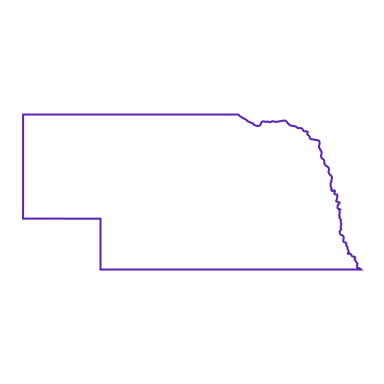 Nebraska, Mercator projection
{"feature_id": "USA-3532", "entity_name": "Nebraska", "entity_type": "State", "adm_level": 1, "iso_a3": "USA", "parent_name": "United States of America", "parent_adm1": "", "projection": "mercator", "projection_center": [-97.897, 41.5], "detail": "fine", "context": "isolated", "style": "outline", "palette": "violet", "viewbox_px": 384, "rotation_deg": 0, "n_neighbors": 0, "source": "natural_earth", "source_scale": "10m", "svg_char_len": 4510}
<svg xmlns="http://www.w3.org/2000/svg" viewBox="0 0 384 384"><path d="M23.0,218.6L23.1,212.2L23.1,205.8L23.1,199.4L23.1,192.9L23.1,186.4L23.1,180.0L23.1,173.5L23.1,167.0L23.1,160.5L23.1,153.9L23.1,147.4L23.1,140.8L23.1,134.3L23.1,127.7L23.1,121.1L23.1,114.5L30.6,114.5L37.2,114.5L43.8,114.5L50.4,114.5L57.0,114.5L63.5,114.5L70.1,114.5L76.7,114.5L83.3,114.5L89.9,114.5L96.5,114.5L103.1,114.5L109.7,114.5L116.3,114.5L122.8,114.5L129.4,114.5L136.0,114.5L142.6,114.5L149.2,114.5L155.8,114.5L162.4,114.5L169.0,114.5L175.6,114.5L182.2,114.5L188.7,114.5L195.3,114.5L201.9,114.5L208.5,114.5L215.1,114.5L221.7,114.5L228.3,114.5L234.9,114.5L238.2,114.5L238.4,114.5L238.5,114.6L239.3,115.6L239.6,115.9L243.7,118.6L243.9,118.6L244.4,118.6L244.6,118.7L246.2,119.8L247.8,121.3L253.1,123.6L253.5,124.0L253.7,124.6L254.2,125.0L256.9,125.9L258.0,126.0L259.0,125.9L259.4,125.7L260.2,125.0L260.5,124.8L260.6,124.6L261.1,123.2L261.3,122.5L261.6,122.0L262.0,121.8L262.5,121.5L263.4,121.3L266.1,121.9L267.7,121.5L268.2,121.6L268.9,122.1L269.4,122.3L270.3,122.2L271.8,121.4L272.7,121.2L275.5,121.9L276.5,121.9L284.2,120.5L285.2,120.6L286.0,121.1L286.7,121.7L287.8,123.2L289.2,124.6L290.1,125.2L291.0,125.6L291.9,125.9L293.9,125.9L294.3,126.0L295.1,126.5L296.2,126.7L296.5,127.0L296.8,127.4L297.2,127.7L297.9,128.0L301.4,128.2L302.1,128.7L302.6,129.2L303.0,129.9L303.3,130.4L303.4,130.8L303.6,131.0L304.1,131.3L304.6,131.4L306.2,131.3L306.6,131.4L307.1,131.5L307.6,131.8L307.8,132.2L307.7,132.7L307.4,133.1L307.3,133.5L307.3,134.2L307.7,134.8L309.3,136.1L309.7,136.9L309.8,137.9L310.2,138.6L310.9,139.1L315.9,139.9L317.6,140.2L318.5,140.5L319.2,141.0L319.7,143.2L319.2,145.5L319.0,147.7L320.3,149.3L320.3,150.2L320.9,150.6L321.3,151.3L321.5,152.2L321.6,153.4L321.4,154.4L321.1,155.3L321.0,156.3L321.3,157.5L321.9,158.3L323.2,159.2L323.8,159.9L324.3,160.8L324.3,161.7L324.3,162.8L324.5,164.0L325.6,165.5L327.2,166.5L328.6,167.6L329.0,169.7L328.9,170.2L328.5,171.2L328.5,171.8L328.6,172.3L329.2,173.7L329.4,174.0L331.7,176.4L332.1,177.6L331.9,178.6L331.6,179.5L331.4,180.5L331.4,181.2L331.5,181.5L331.4,181.8L331.0,182.3L330.7,182.7L330.6,183.1L330.6,185.3L330.7,186.5L331.0,187.4L331.5,187.8L331.5,188.2L331.3,189.3L331.4,190.3L332.2,191.0L332.7,190.9L333.4,190.4L333.8,190.3L334.2,190.4L334.7,190.8L335.0,191.2L335.0,191.3L334.8,191.6L334.6,192.1L334.4,192.8L334.3,193.3L334.5,193.9L335.1,194.3L336.7,194.6L337.0,194.6L337.5,195.3L337.1,197.4L337.1,198.0L336.2,201.2L336.8,201.6L338.6,202.2L339.2,202.3L339.6,202.8L339.0,203.8L338.2,204.7L337.8,204.9L337.5,207.1L337.5,208.0L338.0,208.6L339.8,209.2L340.2,209.6L339.3,210.1L339.5,210.8L339.6,212.5L339.9,213.2L339.3,214.7L339.1,215.0L339.1,215.3L339.3,215.4L339.4,215.6L339.4,215.8L339.6,216.0L339.8,216.4L339.7,216.7L339.4,217.0L339.3,217.4L339.5,218.0L339.9,218.4L340.5,219.0L340.8,219.5L340.8,220.0L340.7,221.1L340.7,221.8L341.2,223.0L341.3,224.3L341.1,225.3L340.8,226.2L340.7,227.4L340.8,228.0L341.1,228.7L341.2,229.2L340.4,230.4L339.9,231.0L339.7,231.3L339.6,231.8L339.6,232.5L339.8,232.9L340.0,233.2L340.1,233.7L340.6,234.6L342.6,235.5L343.3,236.0L343.7,237.1L343.7,238.2L343.5,239.0L343.3,240.4L343.5,241.7L344.0,242.2L344.8,242.3L345.7,242.7L346.3,243.2L346.3,243.8L346.2,244.4L346.2,245.1L346.6,245.8L347.3,246.7L347.6,247.5L347.6,247.8L347.5,248.6L347.6,248.9L347.7,249.3L348.3,250.3L348.8,251.8L348.9,252.0L348.7,252.4L348.3,252.7L347.8,253.1L348.1,253.8L348.7,253.9L349.5,253.7L350.2,253.8L350.9,254.3L351.3,254.9L351.6,255.6L352.1,256.2L352.7,256.5L354.1,256.6L354.7,256.9L355.2,257.5L355.1,258.1L354.5,259.3L355.5,260.7L356.1,261.5L356.3,262.3L357.5,263.5L357.5,264.3L357.1,265.2L356.9,266.3L357.0,267.2L357.4,267.8L359.2,268.2L359.9,268.5L361.0,269.5L352.9,269.5L344.7,269.5L336.6,269.5L328.5,269.5L320.4,269.5L312.3,269.5L304.2,269.5L296.1,269.5L288.0,269.5L279.9,269.5L271.8,269.5L263.7,269.5L255.6,269.5L247.5,269.5L239.4,269.5L231.2,269.5L223.1,269.5L215.0,269.5L206.9,269.5L198.8,269.5L190.7,269.5L182.6,269.5L174.5,269.5L166.4,269.5L158.3,269.5L150.2,269.5L142.1,269.5L134.0,269.5L125.9,269.5L117.7,269.5L109.6,269.5L100.5,269.5L100.5,266.3L100.5,263.2L100.5,260.0L100.5,256.9L100.5,253.7L100.5,250.5L100.5,247.3L100.5,244.2L100.5,241.0L100.5,237.8L100.5,234.6L100.5,231.4L100.5,228.2L100.5,225.1L100.5,221.9L100.5,218.7L98.0,218.7L93.3,218.7L88.7,218.7L84.1,218.7L79.5,218.7L74.9,218.7L70.3,218.7L65.7,218.7L61.1,218.6L56.5,218.6L51.9,218.6L47.3,218.6L42.7,218.6L38.1,218.6L33.5,218.6L28.9,218.6L23.0,218.6Z" fill="none" stroke="#5b21b6" stroke-width="2"/></svg>